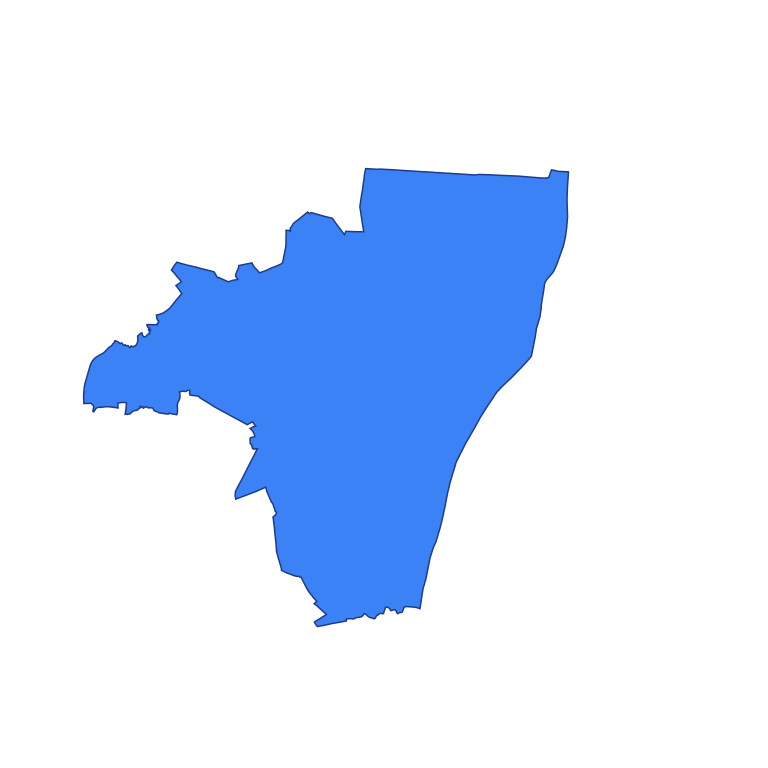 outline of Lai Vung, Can Tho, Vietnam, rotated 239°
{"feature_id": "81297802B97779454887068", "entity_name": "Lai Vung", "entity_type": "district", "adm_level": 2, "iso_a3": "VNM", "parent_name": "Vietnam", "parent_adm1": "Can Tho", "projection": "orthographic", "projection_center": [105.672, 10.244], "detail": "fine", "context": "isolated", "style": "filled", "palette": "blue", "viewbox_px": 768, "rotation_deg": 239, "n_neighbors": 0, "source": "geoboundaries", "source_scale": "gbopen_adm2", "svg_char_len": 6171}
<svg xmlns="http://www.w3.org/2000/svg" viewBox="0 0 768 768"><g transform="rotate(239 384 384)"><path d="M578.1,479.2L572.5,474.2L570.4,472.8L565.0,468.3L561.4,465.5L557.2,461.8L548.4,454.6L530.6,447.3L524.9,445.0L530.6,435.9L534.5,430.0L532.3,427.0L545.5,425.6L552.7,425.1L558.5,419.2L568.5,409.8L568.5,407.7L570.7,407.2L570.1,402.7L569.0,394.9L568.7,391.6L568.1,388.6L566.5,385.8L565.9,384.0L563.2,382.4L564.6,381.7L566.2,379.2L563.5,377.7L552.8,371.0L551.3,369.7L540.1,359.4L539.9,357.2L540.7,351.3L541.4,347.8L542.0,341.6L543.4,334.6L546.8,334.0L550.0,333.2L552.7,332.9L555.8,333.2L557.9,327.4L560.3,320.6L559.0,319.5L557.8,318.1L555.7,315.1L553.6,312.7L552.8,312.4L551.0,312.4L549.5,312.7L548.9,312.5L549.1,311.6L550.1,309.6L550.9,307.3L551.4,304.6L551.9,303.1L558.6,298.4L559.7,297.8L560.7,296.9L560.8,296.0L561.2,295.9L564.2,296.1L567.6,296.1L573.5,290.4L578.0,285.8L578.6,285.3L580.6,283.4L585.0,278.9L587.6,276.2L592.7,271.3L595.1,269.2L593.2,264.5L591.1,260.5L586.9,261.4L582.9,261.9L578.5,262.7L576.0,262.9L575.8,261.1L575.5,256.3L572.4,256.8L565.7,257.2L563.1,249.5L559.4,239.6L558.8,235.2L558.6,230.8L559.3,227.5L560.3,224.4L556.6,222.9L554.8,222.8L554.5,223.3L553.7,223.1L553.2,222.8L552.9,222.3L552.8,221.5L552.6,220.8L552.1,220.5L551.5,220.4L551.8,219.7L555.0,214.7L557.0,211.3L555.4,210.9L554.1,210.8L553.5,211.0L552.5,212.0L552.2,211.8L552.1,210.6L551.9,210.1L551.6,209.9L551.2,210.0L550.9,210.3L550.6,211.4L550.3,211.7L550.1,211.5L549.6,209.9L549.2,209.3L548.6,209.2L547.9,209.2L548.2,206.5L547.5,205.2L547.7,202.9L548.2,202.4L549.2,202.2L550.2,202.2L552.6,202.8L552.7,202.5L552.8,202.2L552.7,201.6L552.5,200.5L552.3,198.8L552.0,197.5L548.1,195.5L547.7,194.9L547.0,194.5L546.4,193.8L545.8,192.9L545.3,192.1L545.0,191.5L545.1,189.2L544.9,188.7L544.9,188.3L545.3,187.9L545.9,187.6L546.8,187.0L546.8,186.4L546.1,185.2L546.1,184.7L546.4,184.5L548.3,184.5L548.9,184.3L549.3,183.0L549.7,182.5L550.8,182.4L551.1,182.0L551.2,180.9L551.5,180.6L551.9,180.4L553.4,180.6L554.1,180.5L554.4,180.1L554.5,178.9L555.5,178.3L556.4,178.0L557.7,177.3L558.9,176.5L559.6,175.9L559.6,175.4L559.3,174.9L558.8,174.6L558.3,174.0L558.1,172.4L557.2,170.4L557.0,169.5L557.1,168.3L556.8,166.2L555.6,161.9L555.2,160.1L555.1,158.6L555.3,155.2L555.2,150.1L554.7,148.2L554.1,146.4L552.9,144.0L551.0,141.5L541.0,130.7L539.6,129.1L537.8,127.3L535.2,125.1L531.7,122.6L527.4,119.7L524.3,118.1L521.8,116.6L521.5,117.4L519.6,120.5L518.6,122.5L518.4,123.0L518.1,123.1L515.7,123.6L514.3,123.7L510.9,120.6L510.6,120.4L510.2,120.5L509.8,120.7L509.7,120.9L509.7,121.2L511.4,124.4L511.5,124.9L511.3,126.0L511.1,127.3L510.9,127.8L509.8,129.2L508.1,133.2L506.5,136.0L504.0,139.3L500.4,143.7L504.6,146.0L503.4,149.4L502.2,151.4L500.6,153.6L497.5,151.5L492.9,147.9L492.1,147.1L491.3,146.5L491.0,147.3L490.1,148.3L489.8,149.6L489.2,150.8L489.1,151.2L489.2,151.7L489.8,152.8L489.9,153.5L489.8,155.2L489.8,156.0L488.5,159.3L489.1,160.4L489.1,162.8L489.3,163.0L490.3,163.2L490.5,163.6L490.4,163.9L490.1,164.1L489.7,164.2L489.1,164.2L488.9,164.3L488.9,165.1L488.5,165.6L488.0,165.6L487.6,165.5L487.3,165.2L487.2,165.3L487.2,168.3L484.9,169.7L483.5,172.2L482.3,173.4L479.4,173.3L477.9,174.4L476.4,175.8L475.2,176.2L469.3,183.5L469.8,184.3L464.4,190.6L466.3,192.5L468.5,193.9L470.7,195.0L472.7,196.2L474.5,198.0L475.7,200.0L477.0,201.7L478.3,202.8L480.7,203.9L482.5,204.5L481.6,207.7L481.0,208.6L479.9,209.7L479.6,210.8L479.6,212.1L479.3,213.3L478.6,214.3L478.0,214.0L476.6,212.8L475.6,212.3L474.3,212.1L474.2,212.3L469.2,218.6L468.5,218.8L466.7,219.2L459.0,223.3L451.9,226.8L432.8,238.0L424.8,242.8L419.6,245.8L419.3,251.9L416.5,252.0L413.9,252.3L414.5,250.6L414.9,246.3L411.5,247.1L408.2,247.0L406.1,246.6L405.5,246.0L406.7,241.8L405.8,240.9L401.8,238.6L399.9,239.3L398.4,238.6L396.4,238.1L396.0,239.0L395.1,239.0L393.8,242.1L389.3,235.2L386.0,229.7L374.8,211.8L370.5,204.6L368.1,201.1L364.8,198.8L361.7,197.6L359.4,210.0L357.6,220.1L356.5,229.3L354.7,229.0L352.7,228.3L345.1,227.2L340.6,226.7L339.0,227.1L335.4,226.3L332.8,225.8L330.7,225.1L329.4,225.8L328.8,225.4L328.2,224.6L327.8,223.6L327.4,221.7L327.3,220.7L326.9,220.2L325.0,219.5L318.1,216.4L311.2,213.1L302.1,208.9L295.8,205.6L288.6,203.6L281.9,201.9L277.8,200.7L277.5,200.3L277.1,200.1L276.3,200.7L274.8,201.6L272.3,203.2L269.7,205.4L266.4,207.9L263.7,210.4L263.3,211.8L262.0,212.3L261.0,213.4L247.9,212.5L245.3,212.5L236.8,213.5L232.2,214.5L231.7,211.0L228.5,212.3L222.0,214.1L216.1,216.0L215.8,201.7L214.3,201.6L212.4,201.7L210.4,202.0L210.1,203.0L208.3,207.5L205.4,216.2L202.3,224.1L200.2,229.8L201.0,230.0L202.0,230.6L200.7,233.3L199.7,235.0L198.6,236.2L198.2,237.4L198.2,238.8L197.7,240.7L196.7,242.8L196.2,244.3L196.2,245.8L196.6,247.1L197.4,248.4L196.8,249.2L195.4,250.0L193.1,250.6L191.5,251.4L187.9,254.6L187.6,255.4L188.9,257.8L189.2,258.6L189.2,260.7L189.5,262.1L189.1,263.3L188.0,264.1L187.5,264.9L187.7,265.7L188.9,266.8L189.7,267.8L190.2,268.6L191.1,269.6L191.8,270.3L191.8,270.7L191.4,271.4L190.5,272.3L189.1,273.0L187.8,273.2L186.6,273.0L186.0,273.4L185.8,274.2L185.7,275.3L184.9,277.1L183.6,277.5L181.0,277.2L180.1,277.5L180.1,279.3L179.1,281.6L179.3,282.6L181.1,284.7L182.2,286.1L182.2,287.0L181.8,288.4L177.4,294.7L175.5,296.9L172.9,299.1L188.4,312.0L195.0,319.2L211.3,334.0L218.5,342.2L222.1,347.4L231.9,358.1L238.0,364.2L248.1,373.7L257.0,381.6L264.8,389.2L271.2,396.0L274.9,400.3L279.5,405.2L283.4,411.2L291.3,423.8L296.8,433.8L302.0,443.0L305.9,449.6L311.7,461.2L318.8,476.2L321.3,485.1L323.5,495.4L327.3,509.9L330.7,521.4L332.0,524.7L346.4,537.8L353.1,543.3L361.0,552.0L367.9,557.7L370.8,559.6L382.7,569.7L387.1,573.2L388.1,574.4L389.3,576.4L390.1,578.3L391.8,584.0L392.4,585.7L393.5,587.9L397.5,593.7L408.8,607.5L410.0,608.9L413.1,612.0L418.1,616.5L424.3,621.4L432.7,627.4L442.2,632.7L445.8,634.7L449.3,636.8L457.3,642.0L470.8,651.4L476.4,643.1L477.4,642.0L479.7,639.7L481.3,637.9L476.3,631.7L476.5,630.1L479.0,625.8L481.6,622.1L492.9,606.4L505.4,587.5L508.6,582.8L514.8,573.2L516.0,570.1L527.9,552.9L531.5,547.7L532.9,545.5L537.0,539.8L538.0,538.1L542.6,531.7L547.4,524.5L552.0,517.9L557.0,510.6L562.2,503.2L568.1,494.5L570.9,490.2L571.6,488.7L578.1,479.2Z" fill="#3b82f6" stroke="#1e3a8a" stroke-width="1.5"/></g></svg>